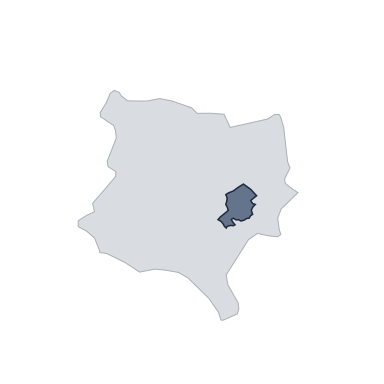 Uroševac highlighted on a map of Kosovo, rotated 328°
{"feature_id": "KOS-5913", "entity_name": "Uroševac", "entity_type": "District", "adm_level": 1, "iso_a3": "XKX", "parent_name": "Kosovo", "parent_adm1": "", "projection": "mercator", "projection_center": [21.096, 42.361], "detail": "fine", "context": "in_parent", "style": "filled", "palette": "slate", "viewbox_px": 384, "rotation_deg": 328, "n_neighbors": 0, "source": "natural_earth", "source_scale": "10m", "svg_char_len": 1553}
<svg xmlns="http://www.w3.org/2000/svg" viewBox="0 0 384 384"><g transform="rotate(328 192 192)"><path d="M119.1,143.6L135.7,138.2L138.1,134.3L134.3,126.0L136.5,120.9L156.4,106.1L159.6,99.4L160.8,94.1L158.2,88.5L154.4,79.7L156.2,76.0L166.6,70.9L175.0,65.0L179.9,64.6L183.0,68.8L183.0,73.2L185.8,80.6L191.9,84.6L202.2,91.1L214.1,95.6L223.5,104.5L236.2,120.3L238.1,128.1L249.6,135.1L260.3,143.0L258.6,157.5L294.9,170.2L303.1,170.1L306.9,172.4L306.8,175.7L304.0,185.8L289.1,217.0L287.9,223.5L277.2,230.2L275.7,234.1L278.7,242.7L281.5,248.7L281.3,248.7L258.5,253.7L250.8,259.6L246.2,269.8L244.7,275.2L240.7,275.3L234.0,270.0L225.5,261.8L214.5,262.4L176.9,280.5L173.2,289.9L172.4,310.4L169.8,315.9L165.8,319.4L150.3,317.2L148.7,315.9L150.7,308.0L149.9,290.9L142.9,262.4L137.9,253.0L127.6,243.8L119.6,237.7L105.2,232.2L97.9,216.5L86.9,198.7L81.7,194.6L82.5,192.8L85.0,179.3L81.9,169.4L77.1,161.1L80.4,156.0L90.5,156.0L98.8,157.0L101.8,148.9L119.1,143.6Z" fill="#d9dde1" stroke="#a8b0b8" stroke-width="1"/><path d="M221.3,243.5L218.2,242.6L216.9,240.3L214.5,238.9L213.1,236.1L210.7,236.1L210.7,239.8L211.1,242.6L209.4,242.6L207.0,240.8L203.7,239.8L201.9,240.7L201.3,238.2L201.5,235.4L201.1,232.5L199.4,229.2L202.7,228.2L209.0,227.4L212.8,226.9L213.8,224.1L214.1,220.4L216.2,218.6L218.6,215.8L219.3,212.1L222.4,212.1L227.5,213.0L233.6,212.5L239.8,212.5L243.2,220.9L244.8,229.4L237.3,230.3L237.3,233.9L239.1,236.1L235.3,237.1L232.6,238.9L231.6,243.1L229.2,243.1L226.5,244.5L224.7,243.5L221.3,243.5Z" fill="#64748b" stroke="#1e293b" stroke-width="1.5"/></g></svg>